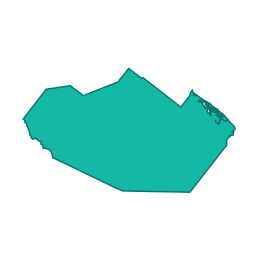 outline of Angoram District, East Sepik, Papua New Guinea, rotated 38°
{"feature_id": "67681753B97300353445922", "entity_name": "Angoram District", "entity_type": "district", "adm_level": 2, "iso_a3": "PNG", "parent_name": "Papua New Guinea", "parent_adm1": "East Sepik", "projection": "orthographic", "projection_center": [143.956, -4.467], "detail": "fine", "context": "isolated", "style": "filled", "palette": "teal", "viewbox_px": 256, "rotation_deg": 38, "n_neighbors": 0, "source": "geoboundaries", "source_scale": "gbopen_adm2", "svg_char_len": 5513}
<svg xmlns="http://www.w3.org/2000/svg" viewBox="0 0 256 256"><g transform="rotate(38 128 128)"><path d="M39.9,185.5L40.4,185.5L42.3,185.7L43.4,187.1L43.6,187.0L44.1,186.5L44.9,187.0L45.2,186.9L45.7,187.3L46.2,187.4L46.3,187.9L46.9,188.4L47.1,188.8L48.1,188.9L48.4,189.2L48.8,189.2L49.8,189.9L50.3,190.5L50.8,190.7L51.4,191.1L52.5,191.4L53.4,192.5L54.7,193.5L55.0,194.0L55.3,194.2L56.8,194.4L57.2,194.7L57.5,195.1L58.1,195.3L59.9,195.5L60.6,194.4L60.8,194.0L60.7,193.6L61.2,192.8L61.5,193.0L61.8,193.1L62.3,192.9L62.5,192.7L63.5,193.1L64.0,192.6L65.1,193.1L65.7,193.1L65.9,192.9L66.5,192.9L67.3,192.6L67.4,192.3L67.8,192.1L68.5,192.6L69.0,193.4L69.0,194.1L69.5,194.4L70.5,194.1L71.0,194.0L71.5,194.0L71.9,194.4L72.2,195.1L72.8,195.2L73.4,196.0L73.7,195.4L73.8,195.5L74.0,195.2L74.4,195.5L74.8,195.4L75.6,194.7L76.1,194.5L76.6,194.1L76.9,194.3L78.0,193.9L78.1,193.7L78.4,193.7L78.7,193.2L79.3,193.1L79.9,193.3L80.0,193.7L81.0,194.0L81.7,194.0L82.6,194.3L82.9,194.5L83.1,195.0L83.4,195.2L83.9,195.3L84.7,195.8L85.1,195.7L85.7,196.3L86.0,196.9L86.8,197.2L87.1,197.7L87.6,197.9L88.0,197.8L88.2,197.4L155.3,182.8L162.6,180.8L216.3,140.5L216.3,80.6L213.7,77.6L213.1,75.8L213.0,73.9L213.1,73.1L213.5,72.4L213.5,71.8L213.0,71.3L213.6,71.2L213.8,70.4L215.1,69.0L215.1,68.8L215.1,68.5L213.9,67.1L213.7,66.6L213.6,66.2L213.7,65.8L213.0,65.9L212.3,66.7L213.0,62.9L212.3,62.2L210.8,61.5L209.7,61.2L205.6,60.8L204.5,60.5L200.1,59.6L199.4,59.8L199.1,59.5L196.6,58.9L194.6,58.7L193.5,58.8L190.7,58.8L190.8,59.1L190.5,58.9L190.3,59.0L190.1,58.7L188.0,58.5L186.7,58.1L186.4,58.2L186.0,58.6L186.1,59.1L187.7,60.2L188.4,60.5L188.9,60.4L188.8,59.5L189.0,59.4L189.5,59.2L189.3,58.8L190.0,58.9L190.2,59.2L189.8,59.5L189.4,59.9L189.7,61.4L191.0,62.1L191.3,61.7L191.2,62.6L191.6,62.9L191.9,63.0L192.0,62.0L192.8,61.4L193.5,61.4L193.5,61.0L193.8,60.4L193.8,60.0L194.1,60.9L194.5,60.8L194.5,60.5L195.2,59.9L195.7,59.9L195.9,60.0L195.9,60.7L195.2,60.7L194.4,61.3L194.4,61.5L194.6,61.8L194.6,62.2L195.3,63.0L197.6,62.8L198.9,63.0L199.7,62.9L200.6,62.1L201.2,61.1L201.6,60.3L201.8,60.2L201.9,60.4L202.2,60.9L201.9,61.3L201.6,61.3L201.4,61.7L201.1,61.6L200.5,62.4L199.8,63.0L199.1,63.2L197.0,63.0L196.4,63.2L195.4,63.8L195.5,64.9L197.2,68.1L197.2,68.7L197.0,69.0L196.5,69.1L194.4,69.4L193.8,69.2L193.0,69.1L192.5,68.4L192.2,67.7L193.1,69.0L194.5,69.2L196.0,69.0L196.9,68.7L196.8,68.2L195.3,65.2L195.0,64.0L195.1,63.8L195.5,63.4L195.0,63.0L194.6,63.1L194.0,62.9L193.6,63.2L193.4,63.1L193.7,62.7L193.3,62.7L192.5,63.2L192.1,63.7L191.9,63.7L191.4,63.3L190.8,63.3L190.2,63.5L190.5,63.0L190.2,62.3L189.4,62.0L188.6,61.0L187.5,60.8L186.7,60.5L186.1,60.4L185.9,60.6L185.9,60.9L186.0,61.0L186.6,61.0L187.0,61.3L187.2,61.8L186.7,61.7L186.5,61.9L186.7,62.2L186.5,62.4L185.9,62.4L185.6,62.8L185.7,63.2L185.3,62.6L185.0,62.5L184.8,62.6L184.7,62.4L184.9,62.3L184.6,62.0L184.2,62.2L183.5,61.8L183.1,62.3L183.9,63.2L183.8,63.4L183.4,63.8L183.8,64.2L183.6,64.6L183.4,64.4L182.9,64.6L182.7,64.9L182.7,65.2L183.1,65.3L184.7,66.1L185.1,66.6L185.6,67.0L185.4,67.3L184.9,67.4L184.3,66.5L183.7,66.3L183.2,66.4L182.4,66.9L181.9,67.0L180.9,66.3L180.2,66.2L179.6,65.7L179.7,65.1L179.1,64.0L179.2,63.5L179.5,62.9L179.5,62.4L178.9,62.0L178.7,62.0L178.2,62.5L178.0,62.9L177.6,63.0L177.6,63.5L177.4,63.5L177.1,63.7L176.8,63.6L176.6,64.3L176.6,64.9L176.8,65.1L176.6,65.3L176.4,65.3L175.7,64.7L175.6,64.3L175.0,64.3L175.0,64.0L174.9,63.9L174.7,63.8L174.2,64.0L174.2,63.7L173.4,63.8L172.5,63.7L172.1,63.0L171.6,62.6L171.1,62.7L171.0,63.0L170.9,63.0L170.5,61.5L170.3,61.0L170.1,60.8L169.6,61.9L168.8,62.3L168.6,62.7L168.6,63.1L168.3,63.4L167.4,63.6L166.9,63.3L166.9,62.2L167.2,61.9L168.2,61.4L169.1,61.5L169.4,61.4L169.5,61.0L170.0,60.5L170.8,60.8L171.1,60.5L171.6,60.5L172.1,60.9L172.6,60.8L173.3,60.4L173.5,60.2L173.4,60.0L173.6,60.0L174.0,59.4L174.7,59.1L176.1,58.8L175.8,58.6L174.8,58.6L173.5,59.0L172.3,59.0L170.7,59.4L169.2,59.4L166.4,59.7L163.3,59.7L160.5,59.8L159.8,60.4L159.6,60.8L160.0,60.7L160.3,60.9L160.6,60.2L161.1,60.1L161.3,60.2L160.8,60.7L161.0,61.2L160.6,61.3L160.6,61.6L160.1,61.8L159.7,61.6L160.1,61.4L160.0,61.2L159.9,61.1L159.5,61.3L158.9,60.6L158.2,60.2L158.4,60.0L158.7,60.2L159.4,60.3L159.5,60.2L158.7,60.0L158.3,59.8L155.8,59.4L155.4,58.9L155.4,61.2L156.7,64.4L156.8,79.1L108.8,79.1L107.8,80.6L91.9,80.6L91.8,97.8L72.9,130.0L56.4,130.2L39.7,147.8L39.9,185.5ZM182.6,58.8L179.4,58.6L178.2,58.2L177.1,58.2L176.8,58.4L176.8,58.8L177.4,59.2L178.0,60.3L177.8,61.1L177.3,61.8L177.5,61.9L178.7,61.4L179.7,61.4L180.2,61.0L180.8,61.9L180.9,61.4L181.0,61.1L181.9,60.7L182.1,60.5L181.9,59.7L181.6,59.4L181.2,59.5L181.1,59.2L182.1,58.9L183.1,58.9L184.1,59.1L185.3,58.9L185.4,59.3L185.5,59.4L185.5,58.8L185.3,58.5L184.9,58.4L182.6,58.8ZM185.5,60.2L184.6,59.8L183.4,59.5L182.6,59.8L182.8,60.2L183.2,60.3L182.7,61.3L182.9,60.6L182.5,60.6L182.0,61.1L181.5,61.1L181.4,61.3L182.0,61.9L182.1,62.3L182.7,62.4L182.9,62.0L183.3,61.7L183.2,60.9L183.3,60.7L183.8,60.6L184.1,60.8L184.5,60.4L185.5,60.7L185.5,60.2ZM175.8,59.4L175.2,59.4L174.5,59.7L174.5,60.5L174.3,60.8L174.3,61.2L174.6,61.9L175.4,61.8L175.7,62.0L176.3,61.1L175.8,60.1L175.8,59.4ZM180.8,62.1L180.1,61.7L180.6,63.4L182.3,64.4L182.2,64.1L181.8,63.4L182.6,63.2L182.9,62.9L182.7,62.7L181.8,62.5L181.4,62.1L180.8,62.1ZM176.5,61.8L177.4,60.5L177.5,60.3L176.6,59.5L176.2,59.8L176.2,60.4L176.7,61.1L176.3,61.7L176.3,61.9L176.5,61.8ZM194.2,61.8L194.1,61.2L193.8,60.7L193.8,61.1L194.0,61.7L194.2,61.8ZM194.7,62.8L194.2,62.1L194.0,62.3L194.4,62.7L194.7,62.8Z" fill="#14b8a6" stroke="#0f766e" stroke-width="1.5"/></g></svg>